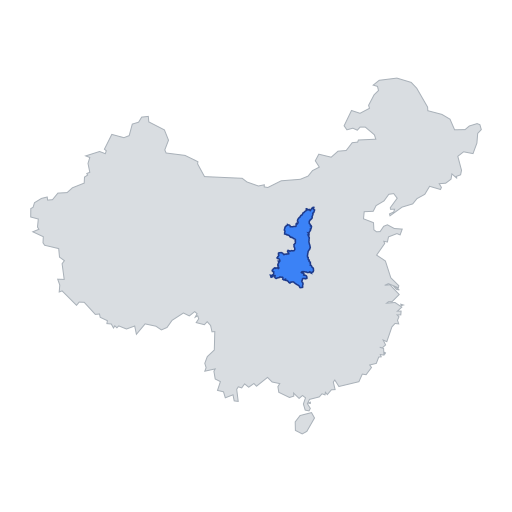 Shaanxi on a map of China (Equal Earth projection)
{"feature_id": "CHN-1804", "entity_name": "Shaanxi", "entity_type": "Province", "adm_level": 1, "iso_a3": "CHN", "parent_name": "China", "parent_adm1": "", "projection": "equal_earth", "projection_center": [108.8, 35.643], "detail": "fine", "context": "in_parent", "style": "filled", "palette": "blue", "viewbox_px": 512, "rotation_deg": 0, "n_neighbors": 0, "source": "natural_earth", "source_scale": "10m", "svg_char_len": 9546}
<svg xmlns="http://www.w3.org/2000/svg" viewBox="0 0 512 512"><path d="M289.5,397.5L278.8,392.3L277.9,386.6L279.8,383.6L272.1,382.0L267.5,377.4L256.5,386.2L253.9,383.5L248.7,387.2L244.6,383.9L241.7,387.9L238.3,386.8L236.7,389.3L238.2,401.4L234.2,400.9L233.0,394.8L225.3,397.8L223.5,391.8L217.5,390.4L220.4,381.6L215.2,379.0L213.9,371.2L215.2,368.9L204.8,371.2L206.1,367.7L204.8,363.3L207.3,356.6L214.3,350.0L214.8,331.6L212.0,331.8L210.6,325.5L207.2,321.7L204.4,324.7L196.2,322.6L198.7,318.8L197.7,315.8L195.2,317.2L197.1,313.7L194.7,311.6L189.3,315.9L183.4,313.0L172.1,320.3L167.0,327.5L161.4,329.9L155.9,326.2L145.1,323.9L136.4,334.3L134.7,326.0L126.5,329.0L118.7,325.9L116.9,327.8L114.8,325.8L113.5,328.0L111.3,324.0L106.9,323.6L107.4,320.7L100.2,317.3L99.5,314.0L95.3,314.4L84.2,302.3L79.2,302.1L76.5,305.3L62.1,290.9L59.2,292.0L59.8,285.1L57.7,279.2L64.2,279.4L62.1,263.7L64.4,260.7L59.5,257.1L58.7,248.6L44.7,245.3L43.0,242.8L43.3,236.7L32.8,231.8L38.9,229.3L37.5,227.1L38.3,219.0L30.7,217.0L30.8,208.6L33.1,207.3L34.5,202.7L41.5,198.4L47.2,197.0L47.6,200.1L52.5,199.7L57.9,193.1L67.1,192.6L72.4,187.8L84.2,183.1L84.5,177.1L87.6,175.1L86.8,173.5L89.8,172.3L88.0,163.4L89.8,157.5L85.7,155.9L99.6,151.5L105.3,153.7L106.3,150.8L104.4,149.2L111.8,134.4L123.9,137.7L129.2,135.6L132.3,124.1L138.6,122.2L141.7,117.1L148.3,116.4L148.8,121.9L164.4,129.9L168.5,140.2L164.8,149.9L166.1,153.0L185.0,155.4L197.9,161.7L197.6,163.9L204.5,176.6L242.2,178.3L247.0,182.0L258.4,186.0L264.3,184.8L264.2,186.9L267.8,187.5L281.2,180.8L300.3,179.3L308.1,176.1L312.5,170.6L319.3,167.1L315.3,160.8L318.8,154.2L331.2,157.2L338.0,151.2L346.2,150.5L352.2,142.7L357.7,142.1L358.4,140.0L375.8,139.2L374.4,134.8L365.3,127.1L360.1,127.1L357.3,130.2L352.9,128.2L346.9,129.8L344.1,125.8L351.5,110.5L360.0,113.3L369.5,108.3L368.6,105.3L374.1,94.8L378.5,90.5L377.5,86.4L373.2,85.1L379.2,80.3L396.9,78.1L411.2,82.4L416.7,88.2L427.6,107.1L427.8,110.7L441.9,114.4L450.0,119.2L454.6,129.8L465.1,129.6L469.3,126.0L477.1,123.6L479.9,124.7L481.3,129.6L477.7,133.4L476.9,143.1L473.0,153.6L463.6,151.8L457.8,156.3L461.5,170.3L460.6,174.8L456.1,176.5L457.0,178.4L451.9,173.9L451.0,179.2L445.7,183.2L439.2,183.7L441.4,187.4L440.5,189.5L429.6,186.3L424.8,194.3L417.0,198.6L412.7,203.9L402.1,207.1L390.0,215.8L389.5,213.9L393.7,212.0L394.6,209.2L390.5,209.3L390.3,207.7L397.2,198.2L393.7,193.6L388.8,194.3L384.0,200.9L376.1,205.6L373.2,211.3L364.2,211.7L363.5,218.8L373.5,222.7L373.9,229.8L376.5,231.8L380.1,231.6L383.7,226.3L387.4,224.8L394.3,228.5L402.2,229.1L400.1,234.9L396.9,233.6L388.5,236.9L387.4,242.0L383.8,241.3L384.7,243.5L376.6,255.1L385.4,261.0L390.8,277.8L398.8,285.7L398.4,287.8L388.4,283.6L384.7,285.3L390.0,284.8L399.2,294.5L392.1,301.6L388.6,301.6L386.6,303.2L395.0,302.5L401.8,307.1L397.4,311.2L401.1,311.1L400.8,314.9L397.1,314.9L399.0,316.8L397.5,320.2L398.7,323.9L395.0,323.5L391.9,326.9L386.8,341.7L383.1,340.0L385.6,344.9L382.3,347.9L379.7,347.2L383.6,348.5L383.9,355.1L380.3,354.5L381.2,356.8L378.7,357.1L376.3,363.4L369.7,365.0L371.5,367.5L366.1,374.7L362.3,374.1L358.9,381.7L338.9,386.5L334.8,380.0L333.3,382.1L335.1,389.6L331.4,389.8L327.3,394.6L325.4,392.3L325.0,394.9L322.0,393.8L319.3,396.9L309.5,399.4L307.4,403.7L310.3,408.4L309.0,410.9L305.2,410.1L303.4,404.0L305.5,397.8L302.5,395.5L299.1,398.4L293.6,393.1L293.8,396.1L289.5,397.5ZM311.5,412.6L314.5,418.0L306.8,431.4L302.2,433.9L295.4,430.4L295.2,421.9L300.1,415.5L311.5,412.6ZM399.3,290.0L396.5,289.4L394.0,286.7L396.0,287.2L399.3,290.0ZM403.3,305.0L401.2,305.6L400.8,304.2L403.3,305.0ZM385.5,352.9L384.5,354.6L384.6,352.4L385.5,352.9ZM308.4,403.1L310.4,402.2L310.3,403.5L308.4,403.1Z" fill="#d9dde1" stroke="#a8b0b8" stroke-width="1"/><path d="M300.5,287.7L300.0,287.6L299.8,287.3L299.3,286.3L298.8,285.6L298.3,285.3L296.2,284.2L295.8,283.7L295.2,283.5L294.6,282.9L294.1,282.6L293.8,282.1L293.6,282.0L292.9,281.9L292.3,282.0L292.0,281.9L291.5,282.2L291.2,282.1L290.5,282.2L290.1,282.5L290.0,283.1L289.9,283.1L288.8,282.4L288.3,281.5L287.7,281.1L287.3,280.6L287.0,280.5L286.4,280.6L285.7,280.4L285.8,280.1L285.6,279.1L285.1,279.2L284.3,280.0L284.0,280.0L283.7,279.9L282.7,279.2L282.9,278.4L282.9,277.8L282.8,277.5L282.6,277.2L280.9,277.2L280.0,276.9L279.2,277.6L278.4,277.7L277.7,277.9L277.3,277.9L276.5,278.4L276.1,278.5L275.2,277.9L274.8,277.3L274.8,276.7L275.1,275.9L275.1,275.6L274.6,275.6L273.4,275.8L273.1,276.1L272.8,276.8L272.2,276.7L271.3,277.3L271.1,277.3L270.9,277.0L270.8,276.2L270.4,275.2L271.7,275.4L272.3,275.2L272.8,274.7L273.3,274.6L273.5,274.4L273.7,273.9L273.6,272.6L273.8,271.9L273.6,271.8L273.2,271.7L272.4,271.2L272.2,270.8L272.2,270.3L272.3,270.1L272.7,270.0L272.8,269.9L273.1,269.1L274.1,268.4L274.3,268.2L274.4,267.9L275.1,267.8L275.3,268.3L275.7,268.4L276.7,267.9L277.1,267.9L277.6,267.8L277.8,268.0L278.0,268.4L278.3,268.6L278.7,268.4L278.8,268.0L278.8,267.8L278.7,267.4L278.1,266.8L278.0,265.8L278.3,265.4L278.2,265.2L277.8,265.1L277.8,264.6L278.3,263.4L278.6,262.6L278.9,262.6L279.0,262.4L278.8,261.4L278.4,261.1L278.8,261.0L279.6,261.2L279.8,261.2L279.9,260.9L279.7,259.9L279.4,259.5L279.3,259.1L279.1,259.0L278.7,258.8L278.3,258.5L277.4,258.5L277.1,258.1L277.0,257.8L277.2,257.6L277.5,257.3L277.8,256.6L278.3,256.3L278.5,255.7L278.8,255.4L278.8,255.0L278.4,254.3L278.5,253.7L278.4,253.4L278.4,253.2L279.1,252.7L279.4,252.8L280.6,252.6L281.7,252.6L281.9,252.9L282.7,253.2L283.1,253.8L283.5,254.1L283.9,254.7L284.4,254.5L284.5,254.2L285.1,254.2L285.6,254.1L286.2,254.3L286.7,253.9L287.9,254.0L288.8,253.8L288.8,253.6L288.7,253.3L288.2,252.7L287.5,251.3L287.5,251.2L288.0,250.9L288.0,250.4L288.4,250.4L289.0,250.7L289.6,250.9L289.9,251.3L291.3,250.6L291.7,250.6L292.2,250.9L292.8,250.7L293.5,250.8L294.0,250.7L294.8,249.6L294.7,247.9L294.3,247.3L294.0,246.6L294.1,245.4L293.9,244.6L294.1,244.4L294.5,244.1L294.7,243.7L295.1,243.5L295.3,243.3L295.5,241.9L295.4,241.5L295.1,241.0L295.1,240.8L295.5,240.1L295.5,239.7L294.8,239.0L294.2,238.7L293.4,238.6L293.2,238.4L292.9,237.8L292.1,237.5L291.8,237.2L291.7,237.2L291.4,237.5L290.4,237.2L290.4,236.7L289.7,236.4L289.3,235.6L288.1,235.2L287.8,234.9L287.2,235.0L286.7,234.8L286.5,234.7L286.5,234.4L286.3,234.3L285.9,234.3L284.6,234.0L284.7,233.3L284.6,232.7L285.0,231.6L284.7,230.5L284.3,230.1L284.6,228.8L285.0,227.8L284.9,227.3L284.9,227.2L286.1,226.2L286.2,225.7L286.3,225.5L287.2,225.4L287.4,225.3L287.6,225.0L287.6,224.6L287.9,224.8L289.3,225.1L289.6,225.2L290.2,226.0L290.2,226.3L290.2,226.7L290.5,226.8L291.9,226.7L292.7,226.8L293.9,226.4L295.1,226.5L295.9,226.4L296.0,226.2L296.1,225.3L296.1,224.0L296.2,223.7L296.5,223.3L296.7,223.2L296.8,223.3L297.2,223.9L297.4,223.9L297.8,223.2L298.1,222.3L298.1,222.1L297.6,221.4L297.4,221.0L297.6,220.2L297.7,219.7L298.0,219.3L298.1,218.9L298.9,218.0L299.0,217.7L300.2,216.9L300.2,216.4L300.6,216.1L300.8,215.5L301.3,215.2L301.6,215.1L301.8,215.2L302.1,214.6L302.6,214.0L302.9,213.0L304.0,212.5L304.2,212.1L305.1,211.3L306.6,210.3L306.6,209.9L306.1,209.0L306.2,208.8L306.4,208.7L307.0,208.8L307.4,209.5L308.0,209.9L308.3,209.9L308.5,209.6L309.2,209.4L309.5,209.7L309.9,210.4L310.2,210.7L310.5,210.5L310.8,209.7L311.7,208.5L312.1,208.0L312.7,207.8L313.0,207.4L313.4,207.5L313.8,207.3L313.9,207.5L313.8,207.8L313.2,208.9L313.3,209.0L313.7,209.3L314.0,209.5L314.3,209.8L314.6,210.0L314.1,211.4L313.8,212.4L313.6,212.7L312.9,213.0L312.7,213.3L313.0,214.1L312.8,214.9L312.0,216.9L312.2,217.3L312.2,217.7L312.0,218.1L311.9,218.5L311.3,218.8L311.1,219.3L310.7,219.5L310.5,219.9L309.8,220.2L309.7,220.8L309.3,221.1L309.2,221.4L309.3,221.6L309.2,222.2L309.3,223.5L309.8,223.8L310.4,225.0L311.1,225.5L311.1,225.8L310.8,226.0L311.4,226.3L311.5,226.5L311.3,226.7L311.4,227.5L311.1,228.4L310.8,228.7L310.4,228.8L310.3,229.3L310.7,229.6L310.5,230.3L310.4,230.4L310.3,230.6L309.6,231.6L309.3,232.1L309.1,232.3L309.0,232.7L308.7,232.8L308.9,233.0L308.7,233.1L308.3,233.0L308.7,233.5L308.5,234.1L308.3,234.3L308.6,234.7L308.6,234.8L308.7,235.0L308.5,235.4L308.4,235.4L308.7,235.7L308.7,235.9L308.8,235.8L308.7,236.3L308.5,236.2L308.5,236.3L309.2,237.3L309.3,238.0L309.0,239.8L309.1,240.6L308.9,241.4L308.9,241.9L309.3,243.5L309.5,244.5L309.8,244.9L310.0,246.3L310.2,247.0L310.3,247.4L310.2,247.9L309.8,248.3L309.9,248.5L309.8,249.1L309.4,249.4L308.8,250.5L308.4,250.9L308.1,251.5L308.0,252.6L307.6,254.1L307.7,254.8L307.4,255.6L307.5,257.0L307.7,257.3L307.9,257.5L308.2,257.5L308.2,258.5L308.1,258.9L308.2,259.4L308.5,259.7L309.1,259.9L309.3,260.2L309.3,260.5L309.0,260.8L309.0,261.2L309.3,261.6L310.4,262.2L310.2,263.4L310.4,263.5L310.6,264.2L310.3,264.9L310.2,265.1L310.5,265.3L311.0,265.5L311.5,265.9L311.8,266.4L311.8,266.8L311.9,267.0L312.5,267.6L313.2,268.0L313.5,269.0L313.4,269.7L313.6,270.3L313.3,271.5L313.0,271.6L312.8,272.1L312.0,272.2L311.9,272.5L311.4,272.8L311.5,273.2L311.3,273.1L310.8,272.7L310.4,272.7L310.1,271.8L309.9,271.7L309.6,271.8L309.1,272.4L307.5,272.6L307.1,272.5L306.5,272.0L305.3,272.0L304.7,271.7L303.7,271.7L303.0,271.5L302.5,271.8L302.0,271.7L301.4,272.3L301.3,272.5L301.8,272.8L302.3,273.1L302.9,273.0L303.7,273.4L303.9,273.7L303.9,273.9L303.8,274.6L303.6,275.0L304.0,275.3L304.4,275.3L304.6,275.1L304.9,275.1L305.2,275.3L305.6,275.4L306.4,275.9L306.8,276.8L306.9,277.0L306.8,277.7L307.0,278.0L306.9,278.3L306.3,278.2L306.2,278.3L306.2,278.6L305.8,278.9L305.3,278.6L304.7,278.5L304.2,278.7L303.9,278.4L303.4,278.5L303.0,278.4L302.8,278.5L302.7,278.9L302.4,279.0L302.2,280.4L301.8,280.8L301.7,281.0L302.1,282.1L302.7,282.5L302.8,283.4L303.1,283.9L302.6,285.3L302.7,286.5L302.4,287.1L302.5,287.4L300.5,287.7Z" fill="#3b82f6" stroke="#1e3a8a" stroke-width="1.5"/></svg>